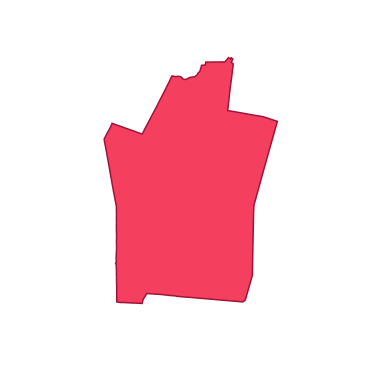 outline of Radoiesti, Teleorman, Romania, rotated 304°
{"feature_id": "2599482B34958569310184", "entity_name": "Radoiesti", "entity_type": "district", "adm_level": 2, "iso_a3": "ROU", "parent_name": "Romania", "parent_adm1": "Teleorman", "projection": "equal_earth", "projection_center": [25.145, 44.144], "detail": "fine", "context": "isolated", "style": "filled", "palette": "rose", "viewbox_px": 384, "rotation_deg": 304, "n_neighbors": 0, "source": "geoboundaries", "source_scale": "gbopen_adm2", "svg_char_len": 3958}
<svg xmlns="http://www.w3.org/2000/svg" viewBox="0 0 384 384"><g transform="rotate(304 192 192)"><path d="M325.1,151.5L325.2,149.4L323.8,149.6L323.8,147.1L318.2,146.5L307.4,130.8L304.6,131.9L302.4,129.1L295.9,131.2L294.8,130.5L291.7,130.7L289.1,129.8L288.1,128.7L286.8,127.3L286.6,127.0L286.1,126.5L285.6,126.1L285.3,125.8L285.0,125.6L284.8,125.5L284.6,125.4L283.9,125.2L283.5,125.0L283.1,124.8L282.7,124.5L282.4,124.3L282.1,124.0L281.9,123.7L281.6,123.4L281.3,123.0L281.0,122.6L280.9,122.3L280.8,121.9L280.8,121.2L280.9,120.6L281.0,120.1L281.3,119.2L281.3,118.8L281.3,118.2L281.2,117.8L281.0,117.4L280.8,117.0L280.6,116.6L280.2,116.0L279.9,115.5L279.3,114.8L278.8,114.3L278.5,113.8L278.3,113.5L278.2,113.1L277.9,112.6L277.5,111.7L277.3,111.3L277.2,110.8L277.0,110.5L276.9,110.4L276.5,110.3L276.3,110.5L276.1,110.6L275.6,110.7L274.7,110.8L274.1,110.9L273.6,110.9L271.3,111.3L268.1,111.8L266.6,111.9L263.7,112.3L259.4,112.9L257.0,113.2L253.4,113.6L250.0,114.0L245.6,114.6L242.7,114.9L238.5,115.4L235.3,115.7L229.6,116.3L226.5,116.7L222.2,117.2L219.6,117.4L217.2,117.7L214.0,118.1L212.1,118.3L211.6,116.3L211.4,115.3L210.9,113.5L210.2,110.3L209.8,109.0L209.2,106.7L208.5,103.9L207.9,101.7L207.1,98.5L206.2,95.0L205.4,91.9L204.7,89.1L204.3,87.4L204.0,87.5L203.8,87.5L201.7,87.9L201.0,88.0L197.7,88.4L197.3,88.4L197.1,88.4L196.5,88.5L196.1,88.5L195.6,88.6L195.3,88.6L194.9,88.6L194.3,88.7L193.9,88.7L193.0,88.8L192.3,88.9L191.8,88.9L191.0,89.0L190.6,89.1L190.2,89.2L189.9,89.2L189.5,89.2L188.8,89.4L188.2,89.4L187.8,89.4L187.3,89.5L187.1,89.5L186.9,89.5L186.7,89.6L186.5,89.8L186.2,90.1L185.4,90.8L185.1,91.0L184.6,91.5L184.1,92.1L183.4,92.7L182.7,93.4L181.4,94.7L180.4,95.7L179.8,96.3L179.4,96.7L178.8,97.2L178.0,98.1L177.0,99.1L176.1,100.0L175.7,100.3L174.7,101.3L173.7,102.3L173.1,102.8L171.8,104.1L171.3,104.6L171.1,104.9L170.2,105.7L169.7,106.1L169.2,106.6L168.9,106.9L168.4,107.4L167.7,108.2L167.1,108.7L166.6,109.2L165.8,109.9L165.1,110.6L164.5,111.3L163.6,112.0L163.0,112.6L162.6,113.0L162.1,113.6L161.2,114.3L160.8,114.8L160.4,115.1L159.6,115.9L159.0,116.5L158.1,117.4L157.3,118.2L156.9,118.6L156.5,118.9L155.9,119.5L155.5,119.9L155.2,120.1L154.7,120.7L154.1,121.2L153.5,121.8L152.8,122.5L152.0,123.2L151.4,123.9L150.6,124.7L149.8,125.4L149.3,125.9L148.7,126.5L148.4,126.7L146.5,128.7L139.1,136.0L137.7,137.4L129.7,142.9L126.6,144.9L124.9,146.2L123.0,147.4L121.8,148.1L121.5,148.3L121.2,148.6L119.8,149.5L118.2,150.6L116.8,151.6L114.4,153.3L113.3,154.1L111.3,155.4L109.1,156.8L107.4,157.9L105.4,159.4L104.2,160.2L102.8,161.1L101.6,161.9L100.7,162.4L100.3,162.7L98.9,163.5L96.3,165.1L95.0,165.9L94.2,166.4L93.5,167.0L92.9,167.4L92.5,167.7L91.7,168.2L91.4,168.4L91.2,168.4L91.2,168.5L90.8,168.6L90.5,168.6L90.3,168.6L90.0,168.7L89.8,168.8L89.8,169.0L89.8,169.3L89.4,169.8L87.8,170.9L86.2,172.1L84.7,173.2L83.4,174.1L81.4,175.4L80.3,176.3L77.8,178.0L76.8,178.6L75.2,179.8L74.1,180.5L72.8,181.5L71.0,182.8L69.5,183.8L67.5,185.1L66.5,185.8L65.2,186.7L63.9,187.6L61.9,189.0L60.9,189.6L59.6,190.5L58.8,191.1L59.1,191.7L59.6,192.9L60.2,194.0L60.5,194.7L61.2,195.7L61.5,196.2L62.2,197.3L63.2,198.9L65.1,202.1L65.8,203.2L67.0,205.3L67.6,206.2L67.9,206.5L68.5,207.6L70.5,210.9L71.7,213.0L75.1,211.7L76.2,211.6L77.2,211.5L77.6,211.5L78.3,211.5L79.0,211.5L81.2,211.3L82.5,211.2L84.2,214.2L84.9,215.4L87.9,220.5L89.5,223.3L90.1,224.3L90.7,225.5L91.6,227.3L93.2,230.2L93.9,231.7L94.6,232.9L95.1,233.7L95.7,234.8L96.0,235.3L96.2,235.6L96.5,236.2L96.7,236.7L97.0,237.8L97.3,238.3L97.8,239.1L98.3,240.0L98.6,240.6L98.9,241.1L99.2,241.6L99.4,242.1L100.0,243.2L100.6,244.2L101.5,245.8L102.7,247.8L103.7,249.6L103.9,249.9L107.9,257.2L129.3,295.6L132.2,296.6L151.0,290.5L152.9,289.9L156.6,288.7L186.7,269.2L211.2,253.4L215.8,250.7L262.1,235.2L298.3,223.3L296.9,218.3L294.8,210.8L294.4,209.4L293.2,206.6L289.4,198.3L285.5,189.4L280.7,178.7L279.5,176.1L297.1,166.8L310.9,159.9L321.2,154.6L321.5,152.1L325.1,151.5Z" fill="#f43f5e" stroke="#9f1239" stroke-width="1.5"/></g></svg>